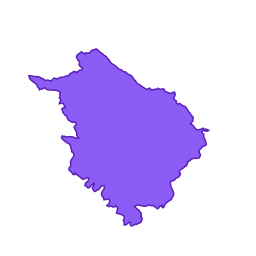 Natividade da Serra, São Paulo, Brazil (orthographic projection), rotated 244°
{"feature_id": "56859067B75442298859642", "entity_name": "Natividade da Serra", "entity_type": "district", "adm_level": 2, "iso_a3": "BRA", "parent_name": "Brazil", "parent_adm1": "São Paulo", "projection": "orthographic", "projection_center": [-45.377, -23.427], "detail": "fine", "context": "isolated", "style": "filled", "palette": "violet", "viewbox_px": 256, "rotation_deg": 244, "n_neighbors": 0, "source": "geoboundaries", "source_scale": "gbopen_adm2", "svg_char_len": 4522}
<svg xmlns="http://www.w3.org/2000/svg" viewBox="0 0 256 256"><g transform="rotate(244 128 128)"><path d="M171.0,154.5L173.4,154.0L174.5,153.3L175.6,152.2L177.4,151.2L179.7,150.2L180.5,148.6L182.2,148.0L183.6,147.1L184.6,145.7L186.5,145.2L188.2,144.3L189.6,143.8L190.9,143.0L193.1,141.6L195.1,141.0L196.4,140.8L198.0,140.8L199.8,139.9L201.4,139.9L203.0,138.9L204.4,138.0L205.9,137.7L208.3,136.2L211.3,135.1L213.1,134.1L213.2,131.8L213.7,130.1L213.3,128.1L212.1,127.2L212.5,125.8L213.2,124.3L214.2,122.5L213.2,121.8L215.1,120.4L216.9,119.7L216.3,117.0L216.0,114.4L214.2,112.6L213.0,112.9L211.2,112.6L209.1,113.4L207.9,113.2L206.5,111.8L204.4,111.9L203.2,112.5L201.7,113.4L200.6,111.9L201.1,109.5L200.7,107.8L200.1,106.2L201.4,105.8L202.6,104.1L202.2,102.1L202.3,99.8L201.1,98.3L201.7,96.4L201.9,94.2L202.0,92.5L202.6,90.9L203.3,88.8L203.0,87.0L203.7,85.4L205.4,83.0L204.6,81.5L204.1,79.6L206.2,76.8L207.4,74.0L209.5,73.3L210.7,71.9L212.5,70.8L214.2,68.7L215.1,66.5L216.7,64.7L218.5,61.9L216.5,61.4L214.4,61.4L213.2,62.1L211.0,63.0L208.9,64.2L206.8,65.0L204.9,64.7L203.5,65.2L201.1,65.1L201.3,66.9L200.4,68.5L201.2,70.3L200.1,70.9L198.6,71.8L197.4,72.7L196.5,74.4L195.4,76.7L194.4,77.8L193.9,79.4L192.8,80.3L192.0,81.5L190.9,82.5L189.5,82.6L188.4,81.4L186.8,81.1L184.9,79.3L183.8,80.1L182.4,80.1L181.9,78.8L180.0,76.8L179.2,79.3L178.4,80.7L176.7,80.5L174.0,80.8L174.4,79.0L174.1,76.7L172.3,76.8L170.6,76.3L169.0,76.7L167.1,77.0L166.2,78.0L163.7,77.8L161.4,77.9L159.5,79.0L157.7,80.2L156.4,83.2L153.8,83.1L153.2,81.4L152.4,79.8L150.9,79.9L149.4,79.7L147.6,79.9L145.7,79.6L144.1,78.7L141.9,78.8L140.7,79.1L141.3,77.0L142.5,76.0L143.8,74.9L145.7,72.0L146.5,69.9L147.1,68.5L148.3,67.5L148.6,66.1L149.8,65.6L148.8,64.1L147.1,64.0L145.3,64.9L143.6,65.5L141.9,66.3L140.5,67.6L138.5,68.7L136.8,68.4L134.8,67.9L132.6,67.5L131.1,67.0L129.9,68.2L128.4,67.6L126.8,67.7L126.1,66.3L125.2,64.8L124.3,63.1L123.2,61.6L121.3,61.0L120.1,60.4L118.7,59.6L118.0,57.6L116.2,56.5L114.0,57.4L112.2,58.1L110.5,58.1L109.5,59.6L110.7,60.7L108.5,61.5L107.3,62.2L105.7,63.0L104.4,63.8L103.1,64.0L101.7,64.9L101.3,67.4L101.3,69.5L99.9,70.8L98.8,69.8L97.7,68.5L97.2,65.8L95.4,64.1L93.6,65.0L91.8,65.7L91.3,67.0L92.2,69.0L92.9,71.1L93.4,73.0L92.2,73.0L91.1,71.3L89.8,69.6L87.0,69.6L85.5,70.2L85.5,72.6L85.8,75.6L87.0,77.5L87.6,79.3L86.3,81.3L84.8,80.5L83.7,79.7L82.7,78.1L82.0,76.6L80.9,75.5L79.3,74.9L76.7,75.1L75.3,75.5L74.1,74.9L73.4,76.4L73.1,78.8L71.9,79.8L70.2,79.5L68.3,77.6L67.5,75.0L65.7,76.3L65.4,78.6L63.6,79.8L63.0,81.4L63.6,82.7L61.8,83.4L60.3,83.6L59.3,82.5L57.8,81.5L56.5,80.3L55.4,81.5L54.0,83.3L52.8,84.4L50.7,85.6L49.5,85.9L48.1,84.5L46.9,83.2L44.7,83.4L43.7,82.5L42.4,82.1L41.9,84.1L42.3,86.0L43.0,87.7L41.6,88.6L40.4,87.7L38.7,87.8L38.1,89.8L38.4,91.9L37.6,93.6L37.7,96.0L37.5,97.8L38.3,99.2L39.3,100.1L40.5,101.0L41.7,101.2L42.9,100.7L43.6,101.8L45.4,102.3L47.6,102.0L49.3,101.8L51.3,100.7L52.7,100.1L54.8,99.4L54.8,101.6L53.8,104.1L52.0,106.5L50.9,107.6L49.7,110.4L49.9,111.9L49.5,113.2L48.3,114.2L47.7,115.8L46.3,117.3L42.5,119.0L42.7,120.5L43.8,122.0L43.5,124.6L42.5,123.7L40.9,124.6L41.3,125.9L42.3,126.7L43.5,128.5L44.2,131.1L44.6,133.2L44.6,135.0L45.7,136.7L47.1,138.7L48.5,140.1L50.1,140.6L51.5,140.8L53.8,140.8L55.6,140.8L58.0,141.3L59.7,141.9L61.0,142.7L61.3,144.0L60.8,145.4L61.0,147.3L61.9,149.6L61.7,151.6L62.7,154.0L64.2,155.2L65.9,154.6L67.2,156.2L67.6,158.3L67.8,160.7L68.6,162.3L68.3,163.6L69.8,165.8L71.5,166.7L71.5,169.2L72.2,171.6L71.8,174.0L70.7,176.2L69.9,178.7L70.9,180.2L71.8,181.2L73.2,181.5L74.8,181.3L76.1,181.7L77.2,183.1L77.9,185.2L78.7,187.3L78.2,189.4L79.0,191.4L80.3,191.5L82.0,191.9L84.4,192.1L86.1,192.0L87.6,192.6L89.2,193.3L90.6,192.5L92.8,192.7L92.7,194.7L91.4,196.2L90.4,197.8L90.5,199.5L91.9,198.6L92.8,197.4L93.5,195.8L94.9,195.5L94.9,193.5L95.4,190.9L95.9,189.5L97.2,188.6L98.8,188.1L100.9,187.8L103.1,186.9L104.2,185.9L104.9,187.4L105.9,189.3L107.2,190.0L108.6,191.1L110.2,191.1L111.2,190.3L113.2,190.4L114.6,190.2L116.3,189.4L118.0,189.7L119.3,189.3L120.8,189.3L122.3,188.7L123.5,187.5L125.0,186.4L127.4,185.3L127.5,183.3L129.4,182.6L131.1,183.3L132.6,182.5L134.1,181.9L135.8,183.5L137.6,185.3L140.0,185.5L140.3,183.1L140.5,181.0L142.2,179.6L143.2,178.6L144.7,177.1L146.9,177.5L148.1,176.3L148.3,174.8L148.8,173.5L150.6,172.4L150.3,170.5L151.1,169.1L151.3,167.6L152.2,165.6L154.4,165.0L154.3,163.2L154.8,161.6L155.8,160.7L158.0,159.5L160.3,158.0L161.9,157.4L163.0,156.4L164.1,155.7L165.9,155.4L167.3,155.5L168.7,154.7L171.0,154.5Z" fill="#8b5cf6" stroke="#5b21b6" stroke-width="1.5"/></g></svg>